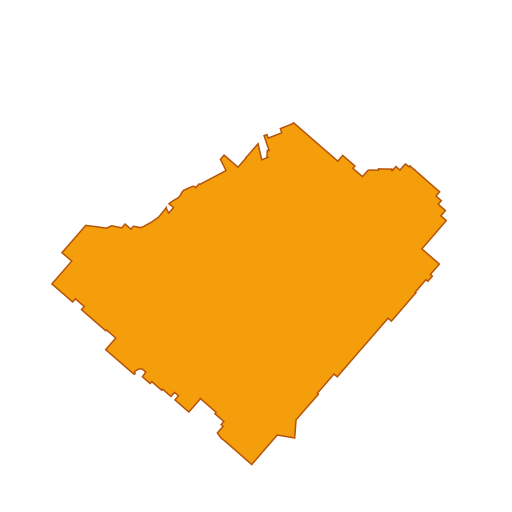 Trayning, Western Australia, Australia, rotated 221°
{"feature_id": "25037944B98291984831496", "entity_name": "Trayning", "entity_type": "district", "adm_level": 2, "iso_a3": "AUS", "parent_name": "Australia", "parent_adm1": "Western Australia", "projection": "natural_earth1", "projection_center": [117.834, -31.167], "detail": "fine", "context": "isolated", "style": "filled", "palette": "amber", "viewbox_px": 512, "rotation_deg": 221, "n_neighbors": 0, "source": "geoboundaries", "source_scale": "gbopen_adm2", "svg_char_len": 2871}
<svg xmlns="http://www.w3.org/2000/svg" viewBox="0 0 512 512"><g transform="rotate(221 256 256)"><path d="M315.1,381.2L315.1,379.8L318.2,373.9L321.2,368.1L317.4,365.9L318.3,364.1L324.2,352.9L327.4,354.8L328.9,352.1L315.3,344.2L316.7,343.1L312.8,338.0L311.7,338.3L314.8,332.4L322.8,338.2L328.1,342.1L328.1,323.6L327.8,323.6L327.8,311.2L339.3,311.2L346.3,311.2L346.3,305.8L346.3,305.7L345.9,305.5L340.3,303.2L334.7,300.8L335.5,298.6L341.4,283.4L345.2,273.5L346.3,272.9L346.3,268.1L348.1,268.1L349.6,266.9L353.7,258.2L353.7,255.6L353.7,255.1L353.6,254.6L353.4,254.1L353.2,253.5L353.0,253.0L352.8,249.5L353.0,248.7L353.7,246.6L355.1,242.3L355.6,240.2L356.0,238.4L350.0,238.4L350.0,231.4L350.0,230.2L350.0,230.3L350.2,230.7L350.5,231.1L350.8,231.4L351.2,231.6L353.1,232.3L353.8,232.6L354.4,232.9L354.5,232.8L355.1,233.2L355.4,233.6L355.0,221.6L357.1,213.0L360.5,203.8L362.1,201.4L366.4,199.1L368.0,198.0L368.0,194.2L368.3,194.2L375.8,194.2L375.8,189.2L384.8,184.1L387.1,179.0L389.6,177.3L392.1,175.7L397.1,172.4L404.6,167.4L404.6,131.2L391.7,131.3L391.7,115.9L391.7,101.0L380.0,101.0L371.9,101.0L364.2,101.0L364.2,105.2L356.7,105.2L352.5,105.2L352.5,101.0L328.1,101.0L320.3,101.0L320.3,102.1L308.0,102.1L308.0,86.7L303.7,86.7L297.4,86.7L288.3,86.7L280.2,86.7L270.5,86.7L270.5,86.8L270.1,88.1L271.3,88.6L271.7,89.1L271.9,89.2L271.8,89.5L271.0,92.0L270.2,93.6L269.8,94.6L267.4,96.1L265.2,96.1L263.0,96.0L262.5,90.3L252.2,90.3L252.2,92.8L239.1,92.8L239.1,94.2L228.0,94.2L228.0,99.6L222.8,99.6L222.8,94.2L213.5,94.2L204.3,94.2L204.3,110.6L204.6,111.9L204.1,111.9L193.1,111.9L183.5,111.9L183.5,110.0L183.3,110.0L176.9,110.0L171.7,110.0L171.7,105.9L169.1,105.9L169.1,97.1L162.7,95.6L159.4,95.9L145.3,95.9L136.7,95.9L131.0,95.8L122.4,95.8L122.5,116.0L122.5,119.2L122.5,119.4L122.5,134.8L121.4,135.5L112.1,141.2L107.4,144.0L116.7,156.5L118.3,158.6L118.3,168.0L118.3,173.4L118.3,173.6L118.2,192.6L119.7,192.6L119.7,192.8L119.7,218.1L115.4,218.1L115.5,249.9L115.5,270.3L115.5,270.7L115.5,295.7L111.1,295.7L111.1,303.6L111.2,328.4L111.2,328.5L111.2,333.2L112.1,333.2L112.2,349.7L109.7,349.7L109.7,356.5L112.3,356.5L112.3,365.0L112.3,370.2L123.0,370.2L135.5,370.2L135.5,376.3L135.6,407.1L135.7,407.6L136.1,407.6L142.8,407.6L142.9,414.6L143.4,414.6L149.4,414.6L149.6,414.6L152.4,414.6L152.4,419.3L159.5,419.4L159.5,424.9L162.9,424.9L169.1,424.9L175.2,424.9L176.1,424.9L180.9,425.0L191.0,425.0L191.8,425.3L192.4,425.0L199.1,425.0L199.1,424.4L199.1,424.1L199.0,423.6L202.8,423.6L203.4,423.6L203.6,423.5L203.7,423.3L203.7,420.8L203.7,415.3L203.9,415.3L204.1,415.3L209.1,415.3L209.1,410.1L209.7,409.6L210.5,410.7L219.7,402.9L220.7,402.2L219.9,401.1L227.0,395.1L227.7,393.9L227.7,391.4L227.7,385.8L240.4,385.7L240.4,388.8L249.0,388.8L256.1,388.8L256.5,388.8L256.5,386.6L256.5,381.2L277.4,381.2L295.6,381.2L308.9,381.2L315.1,381.2Z" fill="#f59e0b" stroke="#b45309" stroke-width="1.5"/></g></svg>